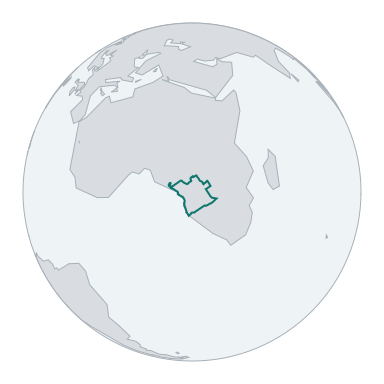 Angola highlighted on a globe, orthographic projection, rotated 326°
{"feature_id": "AGO", "entity_name": "Angola", "entity_type": "country or territory", "adm_level": 0, "iso_a3": "AGO", "parent_name": "Africa", "parent_adm1": "", "projection": "orthographic", "projection_center": [17.424, -11.224], "detail": "fine", "context": "on_globe", "style": "outline", "palette": "teal", "viewbox_px": 384, "rotation_deg": 326, "n_neighbors": 0, "source": "natural_earth", "source_scale": "50m", "svg_char_len": 8759}
<svg xmlns="http://www.w3.org/2000/svg" viewBox="0 0 384 384"><g transform="rotate(326 192 192)"><circle cx="192" cy="192" r="169" fill="#eef3f6" stroke="#a8b0b8"/><path d="M96.1,52.9L95.3,53.5L92.8,55.3L88.9,58.1L96.1,52.9ZM78.9,66.4L77.4,67.9L76.0,69.2L78.9,66.4ZM26.7,157.2L27.0,155.6L26.4,159.2L28.9,155.2L28.2,157.6L30.0,166.1L35.0,168.0L36.1,174.3L35.2,179.1L37.6,179.3L37.7,182.2L49.8,182.6L58.3,187.9L59.5,198.2L55.4,211.6L58.6,237.9L53.0,249.2L56.2,259.9L60.0,276.9L56.0,277.8L62.0,284.4L63.7,289.7L62.5,291.4L66.4,296.6L65.7,297.6L69.1,300.3L74.2,308.2L80.0,312.9L85.3,319.1L89.1,321.7L88.8,322.0L90.1,323.6L92.3,325.3L88.7,323.9L80.6,317.6L76.7,313.7L76.2,313.7L67.2,303.8L68.9,306.2L57.4,292.6L49.4,280.3L33.1,246.7L30.8,240.8L28.9,236.3L26.0,223.3L24.0,210.1L23.1,196.9L23.3,183.6L24.4,170.3L26.7,157.2ZM96.9,327.3L90.0,324.8L92.9,325.7L89.7,322.3L95.2,324.8L96.9,327.3ZM89.7,318.3L89.1,316.0L90.4,316.6L91.2,318.4L89.7,318.3ZM236.7,29.1L243.7,31.2L246.8,32.4L247.9,32.8L246.0,31.9L239.4,29.8L250.7,33.6L261.7,38.1L272.4,43.4L282.7,49.4L292.5,56.1L301.8,63.6L310.5,71.6L318.7,80.2L326.3,89.4L333.1,99.1L339.3,109.3L344.8,119.9L349.5,130.8L353.4,142.0L356.5,153.5L358.8,165.2L358.9,165.9L358.3,162.1L355.0,149.5L357.1,160.8L359.7,173.5L360.7,186.4L359.8,180.6L358.5,169.2L357.3,164.4L355.7,154.3L351.1,138.1L350.1,139.0L348.3,133.1L341.8,119.5L339.3,120.6L336.7,132.2L339.3,147.2L337.1,152.8L326.8,128.7L321.2,114.2L318.2,114.5L307.1,101.3L289.8,97.3L286.8,93.7L283.6,94.7L275.7,90.5L270.9,84.8L266.4,84.7L279.1,99.7L283.9,100.2L287.1,95.4L289.8,100.8L297.4,106.6L291.0,118.1L264.4,126.9L260.9,115.7L236.1,86.3L236.4,83.4L236.2,83.1L235.9,82.5L234.5,87.2L229.9,82.0L244.1,101.2L246.9,109.8L264.1,127.5L262.7,129.2L267.9,133.2L283.7,130.7L283.9,134.5L277.1,151.5L254.5,175.1L257.0,193.2L254.6,208.8L239.4,218.6L239.7,231.2L231.8,235.3L230.6,242.6L223.6,250.2L212.4,257.5L194.3,257.8L194.0,251.0L186.2,238.2L175.7,208.2L181.1,194.5L179.8,184.2L166.7,162.7L169.6,150.6L165.9,145.8L158.3,147.5L153.9,142.1L149.3,142.3L119.7,149.8L110.3,143.7L98.2,123.8L103.2,114.4L103.4,105.0L137.6,70.6L145.7,71.2L173.5,65.6L177.1,66.4L174.7,72.7L196.2,80.1L202.2,74.6L220.9,79.3L232.8,79.7L235.5,68.1L216.0,67.1L211.8,61.6L226.8,57.6L243.7,59.6L242.6,57.6L231.2,52.5L234.4,49.5L227.2,50.6L230.6,52.6L226.2,53.6L222.8,51.8L224.1,50.7L218.8,49.6L214.1,56.0L217.1,58.8L203.7,59.9L207.4,64.9L204.0,67.3L196.5,59.8L196.7,57.2L183.2,50.4L181.8,53.1L194.4,60.0L190.8,59.5L188.9,64.1L187.5,60.2L174.1,52.9L161.5,55.5L146.6,68.2L139.0,70.2L132.1,69.0L136.3,57.5L152.8,54.4L154.5,51.1L150.2,47.4L155.6,47.1L155.8,45.4L162.0,44.5L169.7,40.2L175.8,39.4L177.8,35.2L181.2,34.4L179.0,37.0L180.8,38.7L195.8,38.1L198.5,37.2L198.6,34.7L202.7,35.2L200.9,32.9L209.1,32.3L197.6,31.4L197.5,29.3L201.9,28.0L199.8,27.3L192.6,29.6L191.6,30.8L194.0,32.0L189.5,36.1L184.5,37.0L181.4,32.7L174.1,33.8L174.9,30.6L193.8,25.1L202.2,24.7L218.0,27.4L216.6,28.1L210.2,27.3L217.0,29.6L216.0,28.6L219.4,29.3L220.1,28.1L222.6,28.6L219.1,26.9L222.2,27.4L224.4,28.4L228.1,27.9L234.3,29.1L233.9,28.8L231.8,28.1L241.1,30.5L240.4,30.3L237.1,29.3L233.6,28.3L232.0,27.8L236.7,29.1ZM126.9,86.2L126.2,88.9L126.9,86.2ZM262.5,68.8L272.0,70.7L266.2,63.3L269.4,63.6L266.2,61.2L265.7,62.8L257.7,56.5L261.3,55.5L259.3,52.8L256.0,52.1L250.8,55.2L262.2,63.8L260.7,66.3L262.5,68.8ZM29.0,155.0L29.1,156.4L28.5,157.0L29.0,155.0ZM32.5,136.4L32.0,138.0L32.5,136.4ZM32.3,136.7L32.3,136.8L32.1,137.4L32.3,136.7ZM86.0,60.8L82.7,63.9L84.2,62.4L81.7,64.4L81.7,64.0L91.6,56.2L87.1,59.6L86.0,60.8ZM151.2,39.0L153.6,39.4L151.7,41.3L143.9,43.7L146.6,40.9L151.2,39.0ZM157.4,39.8L156.5,35.6L161.3,34.4L158.8,35.7L162.0,35.4L158.8,37.4L164.2,40.9L162.9,42.9L149.4,45.4L154.5,43.3L151.9,42.7L157.4,39.8ZM145.9,31.5L145.5,30.9L156.3,28.9L155.4,29.8L147.6,31.8L144.1,32.1L145.9,31.5ZM167.2,24.9L165.3,25.2L164.6,25.3L160.2,26.1L159.0,26.5L157.5,26.7L156.7,27.2L155.3,27.2L152.4,28.0L155.3,27.5L133.0,33.9L124.7,37.3L118.5,40.3L117.0,40.7L119.9,39.2L131.3,34.3L143.0,30.3L155.0,27.1L167.2,24.9ZM180.8,63.9L183.5,64.0L187.6,63.6L186.5,66.8L180.8,63.9ZM171.5,58.9L173.8,58.3L174.3,62.0L171.5,62.1L171.5,58.9ZM174.7,55.1L173.9,58.0L172.7,56.5L174.7,55.1ZM181.2,36.6L183.7,36.2L184.1,36.7L182.9,37.7L181.2,36.6ZM194.1,23.1L191.8,23.1L189.6,23.1L190.3,23.1L189.3,23.1L194.1,23.1ZM232.5,69.8L229.3,71.9L227.4,70.7L228.9,70.2L232.5,69.8ZM207.0,68.7L213.0,70.3L206.6,69.6L207.0,68.7ZM195.2,23.1L194.0,23.1L196.5,23.1L195.2,23.1ZM279.4,302.8L279.1,305.6L277.2,305.3L279.4,302.8ZM280.9,208.9L267.8,236.0L260.6,235.4L260.2,226.8L265.7,210.1L274.4,206.3L279.0,199.2L280.9,208.9ZM359.3,215.5L359.4,214.9L359.6,210.6L360.0,208.2L359.9,210.7L359.3,215.5ZM360.0,208.0L359.8,196.6L356.4,169.3L357.7,171.2L360.6,189.6L360.5,191.8L360.7,200.1L360.0,208.0ZM340.0,148.9L343.2,159.1L341.6,159.9L340.0,148.9ZM222.3,25.8L222.0,25.7L223.5,26.2L227.9,27.3L221.2,26.0L218.9,25.2L219.8,25.3L222.3,25.8ZM330.4,288.9L330.5,288.7L330.8,288.3L330.4,288.9Z" fill="#d9dde1" stroke="#a8b0b8" stroke-width="1"/><path d="M210.9,191.2L211.0,191.6L211.0,192.1L211.0,192.5L211.0,192.8L211.0,193.1L210.9,193.3L210.9,193.7L210.9,194.1L210.8,194.5L210.8,194.8L210.9,195.5L210.7,196.1L210.6,196.4L210.5,196.7L210.5,196.8L210.8,197.3L210.7,197.4L210.4,197.4L209.8,197.4L209.0,197.4L208.1,197.4L207.3,197.4L206.5,197.4L205.7,197.4L205.1,197.3L205.1,197.8L205.0,198.7L205.0,199.7L205.0,200.6L205.0,201.6L205.0,202.5L205.0,203.5L204.9,204.4L204.9,205.4L204.9,206.0L205.1,206.9L205.3,207.9L205.5,208.0L205.8,208.2L206.2,208.6L206.4,208.9L206.9,209.4L207.6,210.0L208.2,210.6L208.7,211.1L207.8,211.2L206.6,211.4L205.7,211.6L204.7,211.8L204.0,211.9L203.2,212.0L202.8,211.9L202.3,211.9L201.8,212.0L201.3,212.0L201.0,212.0L200.6,211.8L200.3,211.6L199.8,211.6L199.0,211.6L198.2,211.6L197.5,211.4L197.0,211.4L196.6,211.4L196.3,211.4L195.9,211.3L195.6,211.1L195.3,210.7L195.0,210.3L194.9,210.3L194.8,210.2L194.7,210.2L193.9,210.2L193.2,210.2L192.7,210.2L191.6,210.2L190.6,210.2L189.5,210.2L188.4,210.2L187.3,210.2L186.3,210.2L185.2,210.2L184.1,210.2L183.5,210.2L183.0,210.2L182.4,210.3L182.3,210.2L182.2,210.2L181.8,209.9L181.5,209.8L181.1,209.5L180.9,209.2L180.7,209.1L180.3,209.1L180.0,209.0L179.8,209.0L179.4,209.1L179.1,209.3L178.9,209.4L178.6,209.6L178.3,209.7L177.8,209.7L177.6,209.8L177.3,209.7L177.1,209.6L176.8,209.6L176.5,209.8L176.0,209.9L176.1,208.8L176.2,208.3L176.2,207.7L176.1,206.2L175.9,205.7L176.2,205.5L176.3,205.4L176.5,205.1L176.7,204.8L176.8,204.0L177.3,202.2L177.6,200.4L177.9,199.6L178.0,198.6L179.0,197.4L179.2,196.7L179.7,196.3L180.5,195.9L181.0,195.2L181.2,194.7L181.5,193.8L181.5,192.8L181.7,191.6L181.6,191.2L181.3,190.7L181.3,190.3L181.0,190.0L180.7,189.7L180.6,189.2L180.1,188.5L180.0,188.0L179.8,187.6L179.7,187.2L179.6,186.7L179.4,186.2L179.1,185.7L179.3,185.3L179.4,185.2L179.3,185.3L179.3,185.5L180.2,184.6L180.2,184.4L180.2,184.2L180.2,183.7L179.4,181.9L178.7,180.3L178.5,179.5L177.7,178.5L177.3,177.8L177.1,177.3L176.9,177.1L177.0,177.0L177.7,176.9L178.4,176.7L179.1,176.4L179.6,176.3L179.9,176.4L180.0,176.3L180.9,176.3L181.3,176.3L181.9,176.3L182.3,176.3L182.5,176.3L183.1,176.3L183.9,176.3L184.2,176.3L185.2,176.3L186.1,176.3L187.0,176.2L188.0,176.2L188.7,176.2L189.1,176.3L189.4,176.5L189.5,176.7L189.6,176.8L189.7,177.0L189.9,177.1L189.9,177.3L189.9,177.6L189.9,178.0L190.0,178.4L190.2,178.9L190.5,179.4L190.7,179.7L190.6,180.0L190.7,180.3L190.9,180.6L191.1,180.8L191.5,181.4L192.0,182.1L192.3,182.7L192.5,182.8L193.0,182.7L193.4,182.7L193.7,182.8L193.8,182.8L194.2,182.6L194.7,182.5L195.1,182.4L195.3,182.3L195.6,182.3L196.3,182.5L197.0,182.5L197.6,182.4L197.7,181.7L197.8,181.2L198.0,181.0L198.0,180.7L198.0,180.4L198.2,180.0L198.5,179.7L199.2,179.5L199.5,179.5L200.1,179.4L200.9,179.4L201.3,179.4L201.1,180.0L201.2,180.3L201.3,180.4L202.2,180.4L203.0,180.5L203.9,180.5L204.6,180.5L204.8,180.6L204.9,180.9L204.9,181.4L204.7,182.2L204.8,182.9L205.0,183.6L205.0,184.6L204.9,185.3L204.8,186.0L204.8,186.9L204.9,187.3L205.1,187.7L205.5,188.1L205.8,188.6L206.1,189.3L206.1,189.7L206.1,189.8L206.1,190.1L206.1,190.5L206.1,190.8L205.8,190.9L205.7,191.1L205.9,191.5L205.9,191.8L206.0,191.9L206.0,192.0L206.4,191.9L206.6,191.7L206.8,191.6L207.2,191.6L207.6,191.7L208.3,191.8L208.6,191.7L209.3,191.4L209.5,191.4L209.7,191.5L210.1,191.6L210.5,191.6L210.7,191.4L210.8,191.2L210.9,191.2ZM179.2,172.7L179.2,172.8L178.9,172.9L178.5,173.0L178.1,173.5L177.8,173.7L177.8,173.8L177.6,173.9L177.4,174.0L177.5,174.1L177.6,175.0L177.6,175.8L177.2,175.9L176.9,176.0L176.7,176.0L176.6,175.7L176.6,175.4L176.7,175.2L176.6,174.8L176.4,174.4L176.2,173.9L176.3,173.7L176.6,173.3L176.7,173.2L177.0,173.1L177.2,172.8L177.2,172.7L177.5,172.6L178.0,172.4L178.2,172.2L178.4,172.1L178.6,172.1L178.9,172.5L179.1,172.7L179.2,172.7Z" fill="none" stroke="#0f766e" stroke-width="2"/></g></svg>